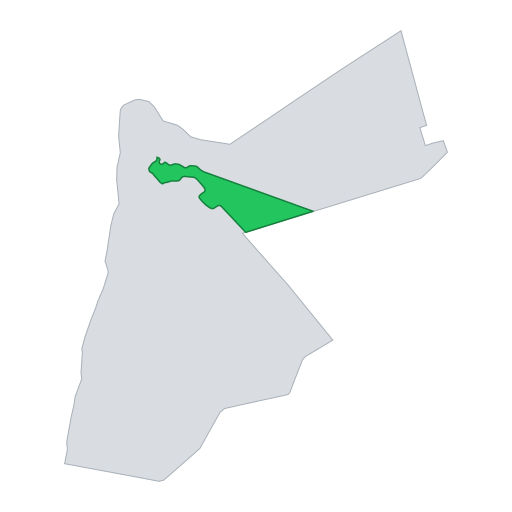 Zarqa highlighted on a map of Jordan
{"feature_id": "JOR-860", "entity_name": "Zarqa", "entity_type": "Province", "adm_level": 1, "iso_a3": "JOR", "parent_name": "Jordan", "parent_adm1": "", "projection": "natural_earth1", "projection_center": [36.356, 31.849], "detail": "fine", "context": "in_parent", "style": "filled", "palette": "green", "viewbox_px": 512, "rotation_deg": 0, "n_neighbors": 0, "source": "natural_earth", "source_scale": "10m", "svg_char_len": 2412}
<svg xmlns="http://www.w3.org/2000/svg" viewBox="0 0 512 512"><path d="M139.3,99.3L148.8,101.6L154.2,106.7L163.2,121.0L177.3,125.2L182.9,129.2L190.7,136.8L200.1,139.6L229.9,144.3L253.6,128.4L273.7,114.9L296.4,99.5L311.9,89.1L338.3,71.4L355.6,60.1L378.5,45.3L401.0,30.7L407.4,54.6L413.7,77.8L420.2,102.0L426.6,125.4L419.9,127.6L425.3,145.6L433.9,142.8L443.3,140.7L447.4,152.2L434.6,165.1L421.6,177.7L418.6,179.1L401.6,184.3L367.0,194.9L343.8,202.1L314.1,211.2L289.4,218.8L265.0,226.3L242.4,233.3L255.3,248.0L275.1,270.4L288.4,285.4L304.0,304.7L318.0,321.9L332.8,340.1L322.5,346.3L305.4,356.5L303.7,358.4L302.3,360.3L295.2,378.4L289.7,392.8L287.8,394.6L263.9,399.8L239.8,405.1L224.6,408.5L220.1,412.2L210.1,430.0L199.9,448.4L182.8,463.5L163.7,480.2L159.0,481.3L145.3,478.7L121.7,474.3L99.0,470.1L83.5,467.2L64.6,463.7L67.4,449.6L66.7,442.0L71.2,417.0L73.9,405.1L75.2,396.4L81.8,378.8L81.0,373.0L82.4,352.6L81.8,348.7L84.8,337.6L90.3,321.4L95.8,307.6L97.8,301.3L103.4,288.2L108.4,272.0L105.8,263.2L105.0,261.4L107.0,251.3L107.0,251.2L109.5,234.6L110.8,225.7L113.8,213.8L119.1,203.8L116.7,180.1L117.0,167.4L120.3,152.9L118.6,135.9L120.2,111.7L120.5,109.5L122.4,106.6L123.9,105.0L134.7,100.0L139.3,99.3Z" fill="#d9dde1" stroke="#a8b0b8" stroke-width="1"/><path d="M313.0,211.3L307.9,212.9L286.1,219.7L264.3,226.5L245.8,232.3L245.5,232.1L220.8,205.8L219.2,205.4L217.7,205.8L213.5,208.5L211.8,208.6L209.8,207.8L205.9,205.0L202.0,201.2L199.6,198.3L199.1,197.2L199.2,196.2L199.9,195.2L201.8,193.5L204.3,191.9L205.1,190.6L205.0,188.9L202.4,185.4L197.4,179.7L195.6,178.1L193.8,177.3L184.5,176.4L182.6,176.8L181.5,177.8L179.9,179.9L178.7,180.7L176.9,181.0L171.3,181.0L166.9,182.4L165.5,182.5L164.4,182.8L162.7,183.8L161.6,183.4L159.9,182.1L156.9,178.4L154.8,176.3L152.8,173.6L151.0,172.5L150.4,172.2L149.7,171.5L149.3,171.0L148.8,168.2L152.1,163.6L153.1,162.8L154.5,161.9L155.6,161.3L156.4,160.5L156.8,159.6L157.1,157.3L158.9,158.0L159.7,158.8L160.0,159.5L159.8,160.2L159.4,160.9L159.2,161.7L159.2,162.7L159.7,163.4L160.6,164.1L161.5,164.3L162.6,164.0L163.4,163.5L164.6,162.3L165.5,162.4L166.6,163.1L168.8,164.8L170.1,165.2L171.3,165.1L173.2,164.3L174.1,164.1L175.2,163.9L178.7,164.3L182.3,166.1L183.8,167.3L185.2,167.7L186.5,167.7L187.6,167.1L188.5,166.4L189.7,165.9L191.3,165.7L196.1,166.2L197.6,167.1L200.4,169.8L203.5,171.7L312.8,211.2L313.0,211.2L313.0,211.3Z" fill="#22c55e" stroke="#15803d" stroke-width="1.5"/></svg>